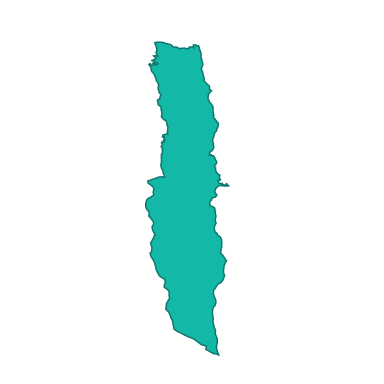 outline of Negomir, Gorj, Romania, rotated 38°
{"feature_id": "2599482B59466565061735", "entity_name": "Negomir", "entity_type": "district", "adm_level": 2, "iso_a3": "ROU", "parent_name": "Romania", "parent_adm1": "Gorj", "projection": "albers", "projection_center": [23.194, 44.802], "detail": "fine", "context": "isolated", "style": "filled", "palette": "teal", "viewbox_px": 384, "rotation_deg": 38, "n_neighbors": 0, "source": "geoboundaries", "source_scale": "gbopen_adm2", "svg_char_len": 6035}
<svg xmlns="http://www.w3.org/2000/svg" viewBox="0 0 384 384"><g transform="rotate(38 192 192)"><path d="M313.3,304.0L308.7,301.0L307.3,299.8L306.2,298.4L304.9,295.6L304.1,294.4L302.1,292.0L297.9,289.6L297.2,289.0L296.4,287.5L295.6,286.5L292.3,284.6L290.9,283.3L289.5,282.4L288.6,281.6L287.3,279.8L286.8,278.7L283.4,275.8L280.5,271.8L279.7,268.9L280.1,267.3L279.1,264.7L277.4,262.7L276.5,262.0L274.6,261.1L272.1,259.5L269.4,256.2L269.3,255.9L269.7,255.2L269.7,254.6L269.5,253.6L269.6,252.9L269.3,252.1L269.2,250.1L269.0,248.8L270.5,245.8L270.6,245.3L270.4,244.2L270.7,242.8L269.0,237.5L267.6,237.0L265.8,235.4L264.6,233.8L264.1,232.4L263.2,231.5L261.6,226.8L261.6,224.9L260.0,224.7L258.4,223.9L254.7,222.8L253.2,222.8L252.4,222.4L251.6,221.6L250.0,218.9L249.1,216.5L248.3,216.0L246.5,213.2L246.0,213.1L245.6,212.4L245.2,212.1L244.5,211.3L243.0,210.4L241.2,209.9L239.0,210.3L238.0,209.8L237.4,209.1L235.1,209.4L234.2,209.0L231.3,206.3L230.7,204.5L230.1,201.5L229.3,201.4L228.5,200.7L227.5,199.5L225.7,196.3L224.7,195.3L223.4,194.5L222.3,192.6L221.4,192.4L220.6,191.7L220.2,190.9L219.5,190.6L217.9,190.7L215.1,191.6L213.9,190.8L213.1,190.6L211.9,187.9L212.2,187.5L211.9,186.8L212.3,186.3L211.3,184.3L211.8,183.9L213.3,182.1L213.7,180.9L213.2,180.4L213.6,179.2L213.0,178.9L210.2,178.1L209.7,177.6L208.8,175.2L208.6,174.3L208.7,172.8L209.4,170.2L211.8,168.5L214.2,167.1L217.2,164.6L216.8,164.3L215.6,165.2L215.2,165.1L215.0,164.5L214.4,164.1L213.9,164.7L214.5,165.2L214.5,165.7L214.0,165.6L213.8,165.8L213.7,166.2L213.9,166.6L213.4,167.0L212.3,166.8L211.7,166.9L211.6,167.6L211.4,167.8L210.5,166.9L210.4,167.1L210.1,166.9L207.9,168.6L205.9,167.6L205.2,167.0L206.0,166.5L206.4,166.0L206.9,165.3L206.9,165.0L206.6,164.6L205.9,164.8L205.5,164.5L204.1,162.9L204.0,162.4L203.3,161.4L202.4,161.9L201.8,161.9L199.5,161.5L198.4,161.1L197.0,160.1L196.0,158.8L195.9,159.1L195.7,159.1L194.6,158.5L193.7,157.0L193.7,154.5L192.7,152.9L190.6,152.1L188.6,150.9L186.8,150.3L185.9,150.5L184.8,151.5L184.3,150.9L184.1,150.9L183.4,151.8L182.9,152.1L182.8,151.5L182.2,151.2L181.9,150.0L181.4,148.9L182.0,148.1L182.3,147.2L182.2,145.2L181.8,143.8L181.2,142.9L179.9,141.8L179.1,140.7L176.7,139.0L175.6,137.3L175.5,136.0L173.8,132.3L173.7,131.4L173.4,130.8L173.7,128.6L172.7,127.0L172.4,125.1L171.7,123.4L170.9,122.5L170.4,121.5L169.5,121.6L163.1,119.8L162.2,119.2L161.8,117.7L161.6,117.5L161.0,117.6L160.6,117.2L158.0,114.4L156.5,112.4L155.6,111.6L151.5,110.4L150.1,110.3L149.4,109.6L147.3,108.7L146.2,107.4L145.5,105.8L144.7,104.8L144.9,101.9L144.3,100.8L144.9,100.2L142.3,100.2L141.1,98.3L140.2,97.7L139.0,97.6L138.5,97.9L137.8,97.9L136.6,97.4L134.7,97.4L133.5,97.0L130.7,94.1L129.3,93.4L126.5,90.9L125.6,90.8L125.2,90.2L123.9,89.7L122.9,87.7L122.6,85.9L121.3,84.0L118.7,82.3L118.1,81.5L117.8,81.8L117.4,81.2L115.7,79.9L114.7,78.1L113.5,77.0L111.1,75.4L110.9,75.6L108.5,73.5L107.1,72.8L106.4,73.6L105.7,73.9L105.1,73.9L104.7,73.6L102.6,75.2L103.6,76.6L104.3,77.2L103.3,77.2L101.8,78.5L100.6,79.5L101.2,80.5L100.8,81.1L100.2,81.6L100.1,82.1L98.0,83.2L97.3,83.2L96.6,84.1L95.2,85.2L94.8,85.8L94.7,86.5L90.7,87.3L89.6,88.0L88.9,88.8L87.3,89.4L85.8,88.9L85.0,89.0L83.3,89.4L83.0,89.7L80.5,90.8L79.5,91.6L78.3,91.3L75.2,93.2L72.7,95.1L70.7,97.1L72.3,98.4L73.9,99.2L76.3,101.0L77.5,102.6L77.6,104.0L77.8,104.3L79.7,105.2L80.6,105.4L81.4,106.0L80.1,106.2L78.0,108.4L81.4,108.5L80.6,110.8L79.5,113.1L80.2,113.1L81.0,111.5L81.9,111.8L82.1,112.4L82.7,112.7L81.9,114.7L83.0,115.1L84.7,111.4L86.3,111.9L85.4,113.9L84.3,114.6L82.7,116.5L82.0,116.7L81.8,117.1L81.2,117.4L80.2,116.5L79.4,118.0L82.7,119.0L85.3,121.3L86.2,121.8L89.4,122.4L93.0,124.4L95.7,126.4L97.1,126.7L99.5,127.9L100.7,129.7L101.2,130.8L102.1,131.8L104.7,133.5L105.1,134.0L105.7,134.1L106.5,134.0L107.7,134.3L107.9,135.9L108.9,137.9L109.2,138.1L108.3,140.3L108.5,141.4L110.2,142.5L111.4,143.9L112.4,144.1L114.7,144.0L115.6,144.4L116.8,146.0L119.0,147.6L119.6,148.5L120.4,149.1L121.2,151.0L121.7,151.7L125.4,152.2L127.8,151.9L129.5,152.9L131.1,154.6L133.3,155.9L135.9,160.4L137.2,161.2L136.2,162.1L136.1,162.5L135.8,162.7L135.2,163.6L134.9,163.7L134.6,164.2L134.0,164.8L134.3,165.3L134.8,166.9L136.2,166.5L136.4,166.1L136.1,165.5L136.3,165.5L137.1,166.8L137.8,167.3L137.6,168.8L138.5,168.9L138.9,169.2L139.2,169.2L139.2,168.9L139.4,169.2L139.6,169.1L138.4,170.5L137.6,171.0L137.6,171.3L137.4,171.7L137.8,172.0L138.5,172.0L138.7,172.4L139.0,172.2L139.5,172.5L139.6,173.4L139.9,174.2L139.6,175.1L142.3,176.4L142.9,177.4L144.7,179.3L144.6,180.6L145.0,181.8L145.9,182.5L146.5,183.6L148.9,186.4L150.0,188.0L150.2,189.0L151.3,190.4L153.3,192.0L156.0,193.2L156.8,194.1L157.9,195.0L159.5,195.7L161.3,197.0L161.1,197.8L160.6,198.0L159.6,198.0L159.3,198.6L158.5,198.9L156.9,200.4L150.3,210.7L152.5,212.2L153.1,211.8L153.7,211.8L158.5,212.0L159.9,212.9L160.5,213.6L160.5,214.1L161.3,215.4L161.7,216.4L162.7,216.9L163.6,217.9L162.7,221.4L161.5,223.7L161.3,226.1L162.4,229.2L163.8,231.2L165.0,232.5L165.6,232.8L167.2,233.5L168.8,233.7L169.7,234.2L170.7,234.2L171.2,234.8L172.5,237.2L172.9,237.6L173.9,237.8L174.3,237.4L175.2,238.0L177.4,238.5L180.0,239.3L180.7,239.8L181.2,240.7L181.7,242.1L181.9,243.9L182.7,244.8L183.6,245.6L186.2,247.1L189.5,248.4L189.0,249.5L189.7,250.8L190.6,255.8L190.8,257.7L190.9,258.0L191.9,258.3L192.2,258.8L194.8,260.6L196.7,263.7L196.9,264.6L196.6,265.8L196.8,266.2L200.0,268.4L201.9,268.9L205.3,270.3L209.9,273.7L211.5,275.3L212.7,275.6L213.3,276.1L217.0,277.9L219.1,278.2L224.1,277.7L226.5,279.3L226.8,280.1L227.2,281.6L227.7,282.9L228.8,284.2L231.6,283.9L233.6,284.1L235.7,284.9L236.2,285.4L237.3,287.4L238.7,288.6L239.4,289.0L239.8,289.6L239.9,291.1L240.3,293.2L240.3,294.2L240.6,295.6L243.6,300.5L247.4,300.9L250.8,302.6L253.6,304.7L254.1,304.5L255.2,305.0L262.4,311.2L267.6,310.7L269.6,310.0L274.2,309.3L276.4,308.7L277.7,308.6L279.9,307.7L284.8,306.6L293.0,306.6L294.8,306.0L295.4,305.5L296.7,305.3L298.0,304.4L298.3,304.7L299.0,305.7L299.8,307.6L302.7,306.9L305.4,306.7L308.4,306.0L310.1,305.2L310.5,304.8L313.3,304.0Z" fill="#14b8a6" stroke="#0f766e" stroke-width="1.5"/></g></svg>